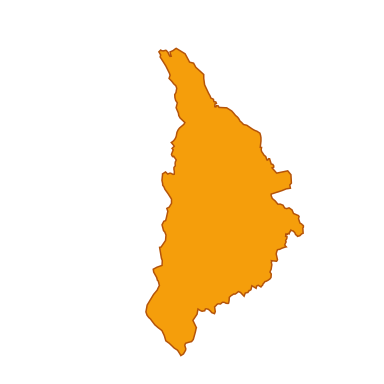 the district of Obafemi Owode, Ogun, Nigeria, rotated 153°
{"feature_id": "59680162B74248263036628", "entity_name": "Obafemi Owode", "entity_type": "district", "adm_level": 2, "iso_a3": "NGA", "parent_name": "Nigeria", "parent_adm1": "Ogun", "projection": "equal_earth", "projection_center": [3.472, 6.959], "detail": "fine", "context": "isolated", "style": "filled", "palette": "amber", "viewbox_px": 384, "rotation_deg": 153, "n_neighbors": 0, "source": "geoboundaries", "source_scale": "gbopen_adm2", "svg_char_len": 4584}
<svg xmlns="http://www.w3.org/2000/svg" viewBox="0 0 384 384"><g transform="rotate(153 192 192)"><path d="M108.8,113.5L109.9,115.4L109.2,119.9L107.7,121.6L107.9,122.7L111.3,126.8L111.0,130.6L112.7,133.8L115.2,134.2L116.7,135.6L116.9,138.9L118.8,141.1L121.0,142.1L121.9,146.2L123.4,149.8L123.1,152.9L122.4,154.2L111.2,152.4L106.6,152.0L102.6,150.7L101.7,153.9L99.4,154.8L96.0,162.5L97.1,167.4L108.0,170.4L109.7,177.1L107.9,177.0L107.3,178.2L107.5,179.9L108.7,181.0L107.8,186.4L108.6,186.9L110.1,186.1L110.7,186.5L110.2,190.1L111.1,192.2L111.3,194.3L111.6,196.5L111.1,198.4L109.8,200.1L110.9,200.8L109.4,203.1L107.4,206.1L105.9,209.1L105.2,211.4L104.8,213.6L106.5,216.6L108.2,218.5L109.6,220.6L111.9,224.8L112.8,226.5L115.4,228.7L116.3,231.7L117.0,233.3L117.1,236.4L117.5,238.2L118.5,240.5L119.1,243.4L119.8,246.1L120.8,247.8L122.3,250.3L122.8,251.2L129.5,255.1L129.6,256.9L130.9,257.8L132.1,257.0L133.0,257.7L131.5,260.1L130.0,259.9L129.9,261.4L131.5,262.6L130.8,264.9L132.6,267.3L132.3,268.9L132.4,272.7L132.1,281.8L130.0,287.8L128.2,291.4L132.0,301.4L132.1,306.1L135.2,308.8L135.4,318.3L140.0,325.8L140.9,327.2L142.6,327.0L144.7,326.6L148.0,326.8L148.5,324.9L148.9,322.4L150.0,322.8L150.2,324.6L150.2,325.9L149.9,327.3L150.3,328.2L150.6,329.7L151.3,330.3L152.1,330.4L153.6,330.8L154.7,331.5L155.5,332.7L157.9,331.9L157.7,328.3L159.1,326.8L158.5,320.9L158.1,316.0L158.2,308.0L158.5,306.0L160.9,303.6L159.7,299.6L159.2,296.7L158.6,295.1L158.2,294.2L158.3,292.7L158.6,291.2L160.1,289.3L161.0,288.0L163.2,286.6L164.4,283.8L165.0,280.9L164.6,278.1L167.9,274.3L168.3,268.5L169.1,266.1L169.0,263.3L167.9,260.2L167.2,258.2L166.8,257.1L168.5,256.0L174.0,254.7L175.7,253.9L176.5,253.4L178.3,252.0L179.4,250.6L180.6,249.0L182.0,247.7L183.4,246.8L185.1,246.0L186.4,245.7L188.0,245.5L187.2,242.1L187.1,240.8L190.0,239.9L189.6,238.1L191.3,236.6L193.2,234.9L193.4,233.3L192.9,232.0L192.1,232.1L191.5,227.7L193.2,226.4L194.1,225.1L195.0,222.9L196.9,222.1L197.8,220.4L198.5,218.1L199.2,216.9L199.8,215.9L200.9,216.3L202.2,218.1L203.0,218.8L203.6,218.9L205.5,219.0L206.5,221.9L210.1,221.5L210.4,220.8L212.1,218.2L213.5,216.0L214.3,213.0L215.0,211.4L214.7,209.2L214.9,206.7L214.1,201.4L213.5,195.0L215.4,191.2L219.1,188.9L221.9,188.8L222.3,185.8L224.7,182.9L227.0,180.1L228.5,178.5L230.4,178.7L233.6,176.4L234.9,170.5L234.4,168.7L234.7,165.9L234.7,165.5L237.6,160.8L244.5,157.0L246.0,157.4L249.3,146.9L249.6,144.4L252.0,140.2L257.4,140.9L261.6,140.8L262.5,138.0L262.3,131.8L262.9,129.0L262.5,128.2L262.8,126.5L263.3,124.4L263.4,123.6L266.6,121.2L267.5,120.4L272.7,118.2L283.3,111.6L287.5,106.1L288.0,102.6L287.5,99.9L287.2,99.0L287.1,98.9L286.6,97.5L286.4,96.0L285.4,90.5L283.7,86.4L281.7,82.2L281.9,76.6L282.9,71.3L280.9,67.4L278.7,61.0L276.7,57.6L276.3,53.5L276.2,51.3L273.1,51.6L269.6,53.9L268.7,55.1L268.1,58.5L267.3,59.5L266.2,60.1L263.2,59.6L260.3,58.9L257.8,60.0L252.4,65.9L250.1,68.8L249.7,69.0L249.5,77.2L243.0,80.8L239.8,85.0L238.4,82.6L237.2,81.2L234.6,80.4L233.2,81.7L232.2,81.4L230.7,80.1L229.6,77.5L229.2,75.6L227.2,73.4L225.6,74.8L224.0,79.4L222.4,79.8L220.7,80.5L219.5,80.5L217.4,79.3L215.0,79.9L214.1,79.5L213.1,78.8L212.2,77.4L210.4,76.3L209.8,76.4L208.3,78.3L206.6,81.2L204.3,81.9L202.7,82.0L201.1,82.2L200.1,81.5L198.5,81.6L195.8,82.2L194.4,80.5L193.4,77.1L192.9,75.5L190.4,77.8L187.8,77.1L185.8,78.3L185.4,78.0L183.8,78.2L181.2,81.3L178.6,77.1L177.1,78.9L175.3,78.8L173.7,76.1L173.4,76.3L172.3,76.7L171.6,76.8L170.2,78.0L169.2,78.3L167.7,79.1L166.7,78.8L164.6,78.8L163.8,78.9L161.9,79.2L160.4,80.0L159.6,81.3L158.6,83.0L158.9,85.3L156.4,87.4L155.6,88.6L153.9,90.9L153.2,93.5L152.3,94.0L152.3,94.7L148.1,91.9L147.5,92.2L146.6,92.8L145.1,98.6L143.4,100.6L142.1,101.7L141.7,101.7L141.0,101.5L139.9,101.1L138.1,101.1L137.6,101.1L135.3,100.8L134.0,100.6L132.9,100.3L133.0,100.7L133.3,101.5L133.3,102.0L133.3,102.5L133.3,102.8L132.4,103.6L131.4,104.4L130.8,104.8L130.9,105.2L130.7,106.1L130.4,106.4L130.1,106.6L129.7,106.8L128.9,107.3L128.2,108.1L127.6,109.2L128.0,109.7L128.7,110.0L128.4,110.4L128.0,111.1L127.7,111.8L127.4,112.0L127.2,112.1L126.7,111.0L126.5,110.9L126.0,111.1L125.6,111.4L125.4,111.3L125.2,111.0L124.8,110.9L124.7,110.8L124.3,111.2L124.0,111.4L124.0,111.1L123.8,111.3L123.2,111.7L122.5,112.2L121.9,112.7L121.3,112.8L121.1,113.1L120.4,111.9L119.9,111.7L119.7,111.5L119.3,110.6L118.9,109.0L118.9,108.3L119.0,107.7L119.0,107.1L118.7,106.3L118.4,105.9L118.2,105.4L118.2,105.0L118.2,104.6L115.8,104.1L114.5,104.5L113.4,104.9L111.7,104.8L109.6,109.6L108.8,110.0L108.1,111.2L108.2,112.0L108.6,112.4L108.8,113.5Z" fill="#f59e0b" stroke="#b45309" stroke-width="1.5"/></g></svg>